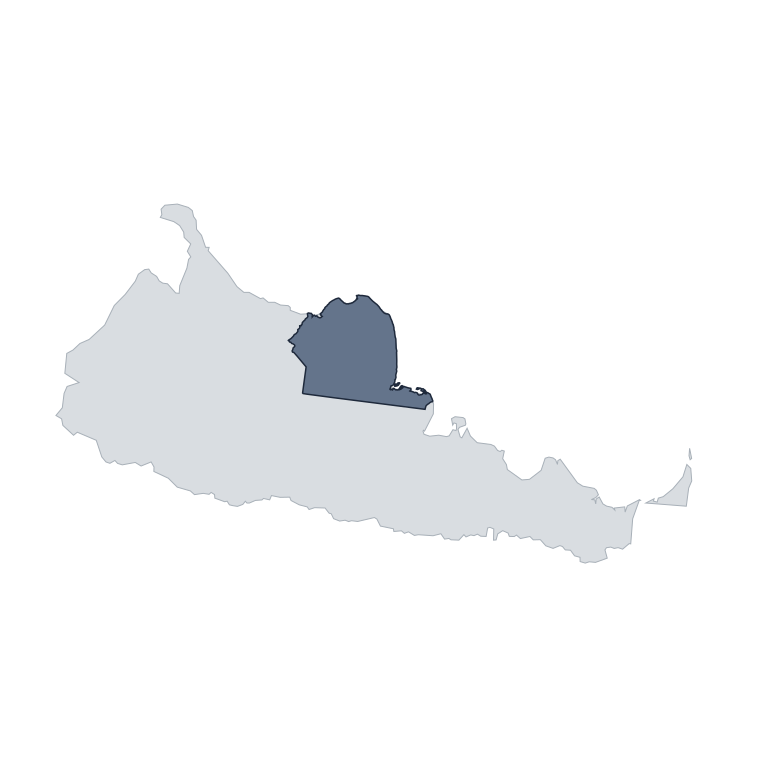 Buenos Aires highlighted on a map of Argentina, rotated 279°
{"feature_id": "ARG-1295", "entity_name": "Buenos Aires", "entity_type": "Federal District", "adm_level": 1, "iso_a3": "ARG", "parent_name": "Argentina", "parent_adm1": "", "projection": "albers", "projection_center": [-60.531, -37.151], "detail": "fine", "context": "in_parent", "style": "filled", "palette": "slate", "viewbox_px": 768, "rotation_deg": 279, "n_neighbors": 0, "source": "natural_earth", "source_scale": "10m", "svg_char_len": 9501}
<svg xmlns="http://www.w3.org/2000/svg" viewBox="0 0 768 768"><g transform="rotate(279 384 384)"><path d="M457.2,223.5L452.6,231.2L453.4,236.4L449.0,248.6L450.1,251.1L446.6,256.9L447.6,263.3L445.8,269.4L446.4,277.1L445.0,279.4L442.1,279.9L439.9,290.7L442.2,301.0L440.0,303.0L443.7,310.7L455.3,317.5L461.1,324.4L461.2,327.2L458.0,331.3L457.5,334.8L459.1,339.6L461.9,342.7L467.5,344.7L468.0,351.5L466.9,355.8L456.0,370.8L453.5,377.4L443.6,384.0L418.3,391.4L398.9,394.4L387.7,393.9L380.3,390.9L381.0,399.5L384.7,402.0L382.8,402.2L384.4,403.7L383.7,410.8L381.4,412.2L379.8,418.2L380.0,423.3L382.3,427.4L380.1,431.7L371.9,436.1L362.2,437.4L343.8,431.4L344.5,430.2L343.5,429.9L340.6,431.4L339.6,437.3L342.0,446.1L341.8,454.0L343.0,456.5L349.6,459.2L349.3,462.4L351.5,462.6L356.1,461.7L356.5,459.2L354.1,458.3L360.3,456.1L362.8,459.3L363.2,467.3L362.2,469.4L357.4,471.1L356.0,470.8L353.0,465.3L350.6,464.2L343.7,467.5L343.0,469.3L353.3,473.0L346.1,477.5L340.6,485.2L341.0,499.0L339.9,502.8L336.1,506.6L335.5,509.3L337.0,510.7L336.6,513.3L328.8,512.9L323.6,517.5L318.8,519.2L310.8,535.2L312.6,542.6L323.3,552.7L335.9,554.8L337.6,558.3L337.4,562.6L336.0,565.3L331.7,567.9L335.5,567.7L337.3,569.8L316.7,590.4L314.2,596.3L313.8,607.9L312.3,610.4L308.1,613.1L304.9,610.9L302.3,606.9L302.6,610.3L298.7,611.9L303.6,611.6L306.1,614.2L299.8,619.0L298.2,623.0L297.9,628.4L295.6,631.7L297.5,630.8L300.3,641.0L295.2,642.2L301.6,643.4L309.8,654.5L309.2,655.5L308.9,654.3L289.8,650.7L264.7,652.7L264.7,651.1L258.2,645.5L259.0,640.8L257.6,637.1L258.4,633.5L257.1,629.3L254.7,628.2L246.9,631.7L240.9,620.8L240.5,614.5L238.6,610.8L239.3,605.5L243.5,604.7L244.1,599.1L249.0,594.2L248.5,589.0L251.4,585.7L251.9,583.0L248.1,576.7L249.5,569.1L254.7,562.8L253.4,555.8L256.2,552.0L252.7,542.9L255.5,538.5L253.7,536.5L253.1,531.6L256.2,529.9L257.7,524.2L253.8,519.8L247.5,519.1L246.9,516.6L258.0,515.1L259.0,511.1L258.0,508.9L249.4,508.7L248.8,503.4L250.3,499.8L248.3,496.6L248.5,493.3L245.8,488.9L247.7,486.5L241.5,482.4L240.6,474.5L241.6,472.3L240.3,468.1L245.0,463.6L241.8,456.2L240.5,441.5L239.2,437.7L241.8,431.3L239.7,427.5L241.7,424.2L239.9,416.8L242.5,415.9L243.1,402.7L249.5,398.1L250.6,395.4L244.1,379.5L243.9,373.3L242.6,370.6L243.4,366.9L241.7,361.7L243.1,355.3L247.6,352.2L247.8,350.0L252.3,345.2L251.0,334.8L248.3,329.6L250.6,327.4L251.4,319.2L254.4,310.4L257.5,308.6L255.8,299.1L256.2,290.3L251.7,289.2L252.1,282.9L250.4,281.6L248.9,275.2L245.4,269.7L245.0,267.2L246.5,265.4L243.0,263.4L240.2,258.4L240.2,253.5L240.5,250.2L243.7,247.4L242.8,245.1L244.8,234.8L248.3,233.9L249.9,230.2L247.7,228.5L247.7,222.5L245.1,214.1L248.1,209.5L249.8,195.9L257.2,185.7L261.6,170.4L266.1,169.8L270.6,166.2L265.0,156.9L267.6,150.6L263.2,138.1L263.9,133.3L266.4,130.2L262.8,125.7L263.5,121.6L267.8,116.7L283.4,108.6L288.4,88.6L284.8,85.4L292.9,73.3L299.2,71.0L301.6,64.9L310.2,70.0L324.7,69.5L332.0,71.4L337.7,82.6L344.6,67.1L364.6,65.9L368.8,71.4L376.5,77.4L381.9,85.8L398.5,98.9L419.3,105.3L432.0,114.4L446.7,122.3L454.0,124.2L459.5,129.7L460.7,133.7L457.3,136.7L454.7,142.6L450.7,145.8L449.0,149.7L449.1,154.5L441.3,164.0L441.5,167.5L449.2,166.9L467.6,171.2L476.5,171.5L479.3,173.3L484.3,169.0L492.1,171.2L497.5,163.7L502.7,162.4L508.5,157.4L511.5,151.0L513.5,137.0L516.5,138.1L521.8,136.5L526.3,139.6L529.4,151.8L527.8,163.1L525.3,167.5L519.6,169.7L516.4,172.8L507.4,174.7L502.3,180.5L491.1,186.4L491.6,189.9L488.1,189.5L469.0,212.4L457.2,223.5ZM310.6,701.7L307.4,661.2L312.9,668.7L310.5,668.4L310.1,672.3L314.2,672.8L316.4,677.4L325.7,685.7L339.1,693.8L351.9,695.7L348.6,700.2L336.4,703.1L328.9,701.2L310.6,701.7ZM357.1,698.2L360.8,696.5L368.3,695.9L358.6,699.5L357.1,698.2ZM386.8,397.3L386.7,399.1L384.0,396.4L386.8,397.3Z" fill="#d9dde1" stroke="#a8b0b8" stroke-width="1"/><path d="M468.0,348.9L468.0,353.8L467.9,354.6L467.6,355.3L465.9,357.4L464.2,359.7L462.1,363.3L461.5,364.5L459.7,366.8L459.1,367.4L457.4,368.9L456.7,369.9L456.6,370.1L456.3,370.2L455.0,371.8L454.5,372.5L454.1,373.2L453.8,374.0L453.7,374.9L453.6,375.7L453.8,376.2L453.7,376.6L453.7,377.1L453.6,377.4L453.3,378.1L452.7,378.7L451.2,379.7L449.6,380.5L448.5,381.3L446.1,382.7L445.5,382.8L445.3,382.9L444.5,383.5L443.9,383.9L442.1,384.6L441.2,385.0L439.9,385.2L438.7,385.6L437.6,386.2L435.1,386.8L431.9,387.8L431.0,388.4L430.5,388.5L430.0,388.7L421.3,390.4L418.8,391.4L418.5,391.5L417.4,391.4L410.5,392.7L408.1,393.1L405.7,393.4L402.6,394.1L400.9,394.0L400.3,393.9L400.1,394.0L399.8,394.2L398.4,394.6L395.4,394.2L394.1,394.3L393.1,394.6L392.9,394.7L392.7,394.8L390.3,394.5L390.1,394.3L389.8,394.3L389.6,394.0L389.2,394.2L388.6,394.3L387.8,394.3L385.0,393.5L384.4,393.2L384.0,392.8L383.6,392.2L383.4,391.5L383.2,391.2L380.5,390.9L379.9,390.6L379.6,390.9L379.4,391.2L379.6,391.4L379.5,391.8L379.8,392.5L379.7,392.8L379.9,392.7L380.1,392.6L380.3,392.8L380.3,393.0L380.3,393.8L380.5,394.0L381.2,393.9L381.1,394.5L381.1,394.8L380.7,395.0L380.4,395.9L380.2,396.3L380.0,396.7L380.0,396.8L380.3,397.3L380.3,397.6L380.2,398.2L380.3,398.6L380.6,398.9L381.3,399.4L381.6,399.8L381.2,399.7L380.8,399.5L380.6,399.8L380.7,400.0L381.0,400.1L381.4,400.2L382.6,400.2L383.0,400.3L384.2,400.9L384.8,401.3L385.1,401.8L385.2,402.1L385.1,402.3L385.0,402.5L384.9,402.7L384.7,402.7L384.3,402.5L384.0,402.4L383.2,401.6L382.9,401.2L382.7,400.8L382.3,400.8L382.1,400.8L381.2,400.8L381.3,401.2L381.4,401.4L381.5,401.5L382.1,401.5L382.3,402.1L382.6,402.5L383.2,403.1L383.5,403.2L384.2,403.4L384.6,403.4L384.7,403.5L384.8,404.0L384.7,404.2L384.5,404.4L384.5,404.5L384.4,405.9L384.3,406.4L383.9,409.0L383.9,410.8L383.9,411.1L383.3,411.4L383.2,411.5L382.1,411.3L381.7,411.1L381.1,410.6L381.0,410.8L381.1,411.0L381.4,411.4L381.0,411.6L381.0,411.8L381.0,412.5L381.0,412.8L380.8,413.5L380.7,414.2L380.4,415.0L380.2,415.4L380.7,416.5L380.7,416.9L380.4,418.1L380.3,418.4L380.0,418.6L379.3,418.9L379.0,419.2L378.8,419.6L378.6,420.0L378.5,420.4L378.6,420.6L379.0,421.5L379.3,422.6L379.4,422.8L379.7,423.3L379.8,423.5L380.3,423.6L380.8,423.9L381.0,424.0L381.0,424.5L381.3,424.8L381.5,425.1L381.7,425.3L381.9,425.0L382.2,425.9L382.2,426.4L381.9,426.6L381.2,426.5L380.9,426.1L380.8,426.3L381.0,426.8L381.0,427.0L380.9,427.1L381.0,427.4L382.3,426.7L382.7,426.5L383.2,426.5L382.5,427.1L382.4,427.4L382.2,428.8L381.7,429.7L381.4,430.8L381.0,431.3L378.8,432.5L377.1,433.7L376.1,434.1L375.5,434.6L375.3,434.7L374.9,434.8L374.6,434.8L374.2,434.8L374.1,434.3L373.5,433.1L373.3,432.8L372.4,431.9L371.6,431.3L370.8,430.3L369.6,429.3L369.4,429.1L368.4,428.8L365.4,428.5L362.6,336.3L361.9,308.9L361.9,305.6L362.4,305.0L370.3,304.8L388.7,304.4L397.8,294.0L400.6,290.6L401.2,289.8L401.1,289.2L401.2,288.7L401.5,288.4L402.1,288.2L402.6,288.1L402.9,288.2L403.5,288.5L405.4,288.6L406.1,289.1L406.7,289.7L407.1,289.9L407.5,289.9L408.2,289.8L408.6,289.5L408.7,289.3L409.3,288.1L409.5,287.4L409.6,286.5L409.6,286.4L410.4,285.7L410.7,285.4L410.6,284.7L410.8,284.1L411.5,283.8L411.7,283.6L411.8,283.4L411.9,283.1L411.8,282.8L411.5,282.4L412.3,282.8L414.4,285.1L417.2,287.1L417.8,287.2L418.6,287.6L419.2,288.2L419.8,289.1L420.0,289.3L422.1,290.5L422.8,290.7L424.1,290.3L424.7,290.7L425.4,291.5L426.2,291.9L427.6,291.9L427.8,291.7L428.2,291.6L428.3,291.6L428.4,291.9L428.4,292.2L428.4,292.7L428.5,292.9L428.8,293.1L429.2,293.0L429.3,293.0L429.6,293.4L429.7,293.6L429.9,293.7L431.6,293.7L432.0,293.8L432.3,293.9L432.6,294.2L433.7,294.9L434.6,295.7L434.9,295.9L435.7,296.1L436.0,296.2L437.6,297.8L438.3,298.1L439.0,298.2L440.5,297.6L441.4,297.4L441.4,297.5L441.7,297.6L442.1,297.8L442.3,298.2L442.4,298.6L442.3,299.4L442.2,300.3L442.4,300.7L442.4,301.0L441.9,301.5L441.6,302.1L441.4,302.4L441.1,302.6L440.7,302.7L440.3,302.5L439.7,302.4L439.5,302.8L439.3,302.8L440.2,303.4L440.9,304.0L441.1,304.4L440.8,305.0L440.4,305.4L440.2,305.7L440.2,306.0L440.3,306.3L440.7,306.7L440.8,306.8L440.7,307.4L439.7,308.3L439.3,310.0L439.6,311.1L441.1,312.4L441.7,311.2L442.2,310.8L442.8,310.8L443.1,310.4L443.2,310.1L444.5,311.0L445.2,311.7L445.8,312.0L446.7,312.2L447.2,312.5L448.2,312.8L448.8,313.5L449.2,313.7L450.1,313.7L450.3,313.7L450.6,314.0L451.3,314.5L452.0,315.3L453.2,315.8L454.4,316.9L455.7,317.4L456.3,318.0L456.9,318.6L458.4,320.2L458.9,321.0L459.9,322.2L460.7,323.4L461.7,325.5L461.7,326.0L461.4,326.8L460.1,328.4L458.5,330.9L458.0,331.5L457.7,332.2L457.5,333.5L457.2,334.1L457.5,335.6L457.5,336.1L457.6,336.5L457.9,336.8L458.3,338.1L458.4,338.6L458.7,338.9L459.0,339.3L459.1,339.7L459.3,340.2L461.5,342.4L463.0,343.5L463.7,343.6L464.1,343.8L464.2,344.1L463.9,344.4L464.0,344.5L464.3,344.2L464.7,344.0L465.4,343.8L465.7,343.7L466.7,343.8L466.6,343.4L466.7,343.1L466.9,343.0L467.2,343.3L467.4,344.3L467.8,344.9L467.7,347.3L468.0,348.4L468.0,348.9ZM383.5,421.6L383.9,421.6L384.4,421.6L384.8,422.0L385.4,423.1L385.3,423.7L384.9,424.2L384.6,424.8L384.3,425.2L383.8,425.3L383.5,425.1L383.6,424.5L383.4,424.2L383.0,424.5L382.6,424.5L382.3,424.2L382.6,423.9L382.9,423.3L383.0,422.5L383.2,421.6L383.5,421.6ZM386.8,397.3L387.0,397.4L387.3,397.8L387.6,398.8L387.6,399.1L387.5,399.3L387.2,399.4L386.8,399.3L386.4,398.8L385.4,398.5L385.0,398.3L384.8,398.0L384.1,397.1L384.0,396.7L383.9,396.4L384.2,396.4L384.8,396.7L386.3,397.0L386.6,397.5L386.8,397.6L386.8,397.3ZM384.0,416.8L385.1,417.1L385.5,417.6L385.5,418.5L385.5,419.6L385.6,420.6L385.5,420.9L385.2,420.0L384.8,419.6L384.1,418.5L383.8,417.8L384.0,416.8ZM384.1,395.2L383.9,395.4L383.6,395.4L383.4,395.1L383.6,394.8L384.8,394.8L385.4,395.0L385.8,395.4L385.9,395.6L385.8,395.8L385.5,395.9L385.3,396.0L385.0,395.8L384.1,395.2Z" fill="#64748b" stroke="#1e293b" stroke-width="1.5"/></g></svg>